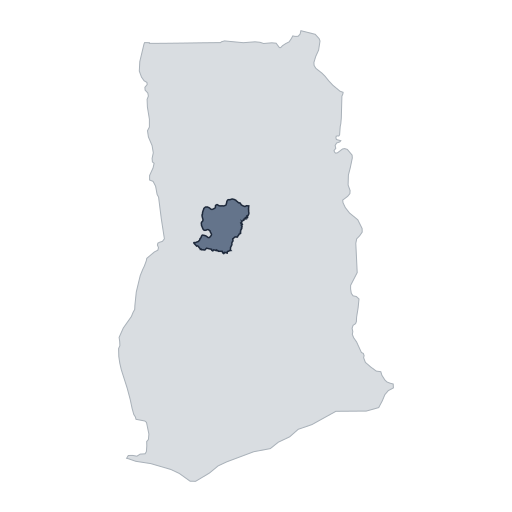 location of Kintampo North Municipal, Brong Ahafo, Ghana
{"feature_id": "2480657B78031413348906", "entity_name": "Kintampo North Municipal", "entity_type": "district", "adm_level": 2, "iso_a3": "GHA", "parent_name": "Ghana", "parent_adm1": "Brong Ahafo", "projection": "robinson", "projection_center": [-1.417, 8.387], "detail": "fine", "context": "in_parent", "style": "filled", "palette": "slate", "viewbox_px": 512, "rotation_deg": 0, "n_neighbors": 0, "source": "geoboundaries", "source_scale": "gbopen_adm2", "svg_char_len": 7735}
<svg xmlns="http://www.w3.org/2000/svg" viewBox="0 0 512 512"><path d="M315.2,34.3L319.1,38.6L320.0,41.0L318.6,50.1L315.7,56.5L313.9,62.5L314.1,65.5L315.9,68.4L321.9,73.1L325.0,76.2L328.7,80.8L332.9,85.3L340.0,91.2L343.1,92.3L342.9,93.9L341.9,96.2L341.3,118.1L340.8,123.7L340.2,126.6L339.6,134.8L338.8,136.0L337.5,135.9L336.2,136.2L335.9,137.8L336.4,139.5L340.8,140.7L339.8,141.9L336.6,143.0L335.1,145.5L335.8,148.3L334.0,150.6L334.5,152.1L335.7,153.2L337.5,152.8L342.5,149.0L344.6,148.6L347.3,149.4L352.1,155.1L352.3,158.0L350.3,167.6L348.4,175.0L348.1,185.0L350.1,190.6L349.9,193.6L347.7,196.3L342.7,200.1L343.0,202.7L345.3,207.6L349.5,213.0L357.8,219.8L362.1,228.5L362.2,232.1L359.7,235.7L356.7,238.8L355.8,243.3L357.2,272.6L350.6,285.4L350.6,289.0L351.3,293.3L353.0,295.8L356.3,296.5L359.0,299.0L358.1,307.9L356.6,317.1L356.4,321.5L355.6,323.6L353.1,325.3L352.1,328.2L352.8,331.7L352.3,334.4L353.7,337.8L356.6,342.0L361.4,352.5L363.3,353.4L364.1,355.6L363.6,357.7L365.4,362.4L370.7,367.0L376.3,371.1L380.8,371.7L381.9,375.3L384.9,380.0L387.0,382.0L390.4,383.3L393.2,384.0L393.4,387.9L388.3,390.6L384.9,394.6L382.3,400.8L378.7,407.6L366.2,411.1L361.4,411.1L335.9,411.3L311.9,424.6L298.2,429.3L289.7,436.8L278.3,442.2L270.3,448.6L253.8,451.7L226.6,461.9L218.1,465.9L209.5,473.0L195.6,481.3L190.1,481.2L179.2,473.4L170.9,469.5L150.8,463.6L135.8,461.3L128.6,458.8L126.6,458.3L128.3,455.5L132.5,455.4L136.9,456.2L140.2,454.1L145.1,453.8L146.4,451.6L146.8,446.0L146.7,441.5L148.4,439.5L148.9,434.1L146.5,422.4L144.8,421.0L136.0,419.3L135.4,417.0L133.8,414.5L132.1,408.4L130.2,399.4L127.2,388.2L121.3,369.7L119.8,363.2L118.8,356.5L118.6,348.6L119.9,345.6L119.7,341.5L119.1,337.4L123.3,328.0L131.4,316.5L133.1,312.3L134.7,309.5L134.9,305.3L136.3,291.9L140.2,275.7L142.7,269.5L144.3,266.2L146.3,260.8L146.8,258.3L154.3,252.0L157.8,250.2L158.5,247.7L157.4,245.0L157.9,243.1L159.7,242.2L162.4,241.4L164.4,238.8L161.3,218.8L158.8,198.9L158.6,197.2L157.1,194.4L155.6,186.2L153.1,181.4L149.6,180.0L149.6,175.5L153.1,167.8L154.1,163.3L152.4,161.9L152.1,158.4L153.3,152.8L152.7,149.3L152.1,145.6L148.4,136.9L147.5,130.7L149.4,127.1L149.4,119.2L147.4,107.0L147.1,99.3L148.4,96.1L147.8,93.0L145.1,90.1L144.9,87.3L147.2,84.5L146.9,82.4L144.1,80.8L141.5,77.1L139.3,71.1L139.8,61.6L144.0,44.0L144.6,42.6L149.4,42.7L149.4,43.4L164.4,43.3L181.5,43.1L202.0,42.8L220.6,42.6L221.4,41.8L224.5,40.9L243.3,42.7L255.0,41.8L260.0,42.3L263.6,43.5L271.8,42.8L276.1,43.2L279.4,47.6L280.7,47.6L282.5,45.7L285.7,43.6L289.1,41.9L291.4,38.5L292.8,35.9L295.0,36.4L298.1,36.3L300.1,34.1L300.9,30.7L315.2,34.3Z" fill="#d9dde1" stroke="#a8b0b8" stroke-width="1"/><path d="M227.2,253.1L227.3,252.2L227.3,251.8L227.3,251.7L227.6,251.4L228.4,251.3L229.3,250.8L229.4,250.6L229.6,250.7L229.8,250.6L230.8,250.5L230.6,250.3L230.5,249.9L230.5,247.7L230.6,247.3L231.9,244.7L231.8,243.4L232.0,242.3L232.2,242.1L232.4,241.8L232.5,241.7L232.6,241.4L232.8,241.3L232.9,241.0L232.9,240.9L233.0,240.4L232.7,239.5L232.7,238.9L232.8,238.7L233.3,238.6L233.4,238.4L234.7,237.1L235.0,237.1L235.4,236.9L236.3,236.9L236.9,237.1L237.3,237.1L237.6,236.8L237.8,236.2L238.1,235.7L238.6,235.2L239.2,234.0L239.5,234.0L239.7,233.9L239.8,233.9L240.7,233.1L240.6,232.8L240.6,232.6L240.5,232.4L240.5,232.2L240.5,231.9L240.4,231.9L240.5,231.6L240.6,231.3L240.7,231.2L240.6,230.8L240.7,230.6L240.7,230.4L240.7,230.2L240.8,230.2L241.0,229.8L241.2,229.6L241.3,229.4L241.4,229.2L241.5,229.0L241.4,228.9L241.5,228.8L241.6,228.7L241.8,228.2L241.6,228.0L241.6,227.8L241.5,227.6L241.6,227.3L241.8,227.2L241.8,227.3L241.9,227.1L242.0,227.0L242.0,226.9L242.0,226.7L241.9,226.7L242.0,226.5L241.9,226.4L241.9,226.2L241.7,225.9L241.8,225.9L241.8,225.7L241.7,225.5L241.8,225.4L241.9,225.2L241.7,225.1L241.8,225.0L241.7,225.0L241.7,224.9L241.7,224.7L241.7,224.8L241.8,224.7L241.7,224.6L241.8,224.5L241.7,224.4L241.8,224.3L241.7,224.2L241.9,224.2L242.0,224.1L241.9,224.0L241.8,223.9L242.0,223.9L242.0,223.7L241.9,223.5L241.8,223.4L241.7,223.3L241.5,223.2L241.4,223.1L241.5,223.0L241.4,222.9L241.5,222.9L241.5,222.6L241.6,222.3L241.8,221.9L241.7,221.5L241.8,221.6L241.9,221.3L242.0,221.2L242.3,221.0L242.5,220.9L242.6,220.7L242.5,220.4L242.6,220.5L242.8,220.4L243.0,220.4L243.3,220.4L243.3,220.1L243.5,220.0L243.7,219.9L243.7,220.0L243.9,219.9L244.0,219.9L244.0,219.7L244.0,219.1L244.4,218.9L244.4,219.0L244.6,218.8L244.8,218.7L244.9,218.8L245.1,218.7L245.2,218.8L245.3,218.7L245.4,218.8L245.7,218.8L245.6,218.7L245.8,218.6L245.7,218.3L245.8,218.2L245.7,217.9L245.5,217.6L245.8,217.5L246.0,217.5L246.4,217.6L246.4,217.4L246.5,217.4L246.5,217.2L246.9,217.2L246.9,217.5L246.9,217.8L247.3,217.8L247.3,217.5L247.5,217.5L247.6,217.3L247.5,217.2L247.4,216.9L247.5,216.7L247.4,216.5L247.2,216.5L247.0,216.3L247.1,216.1L247.0,215.9L247.4,215.8L247.5,215.7L247.7,215.8L247.8,215.7L248.1,215.4L248.2,215.2L248.7,214.2L248.9,213.3L248.9,213.0L248.7,211.9L248.6,211.2L248.6,210.5L248.7,210.1L248.6,209.5L248.4,209.0L248.5,208.5L248.7,208.1L248.6,207.4L248.8,205.9L247.8,205.8L246.9,205.8L246.7,205.7L246.2,205.8L245.9,206.0L245.7,206.2L245.4,206.4L244.7,206.5L243.9,206.1L243.5,206.1L242.8,205.7L242.2,205.4L241.3,204.9L240.8,204.0L240.3,203.5L239.9,202.8L239.7,202.8L239.0,202.9L238.5,202.7L237.8,202.1L237.3,201.6L236.6,201.1L236.2,200.8L235.9,200.3L235.7,200.1L235.0,199.9L234.4,199.5L233.4,199.3L232.9,199.1L232.6,199.1L232.2,199.0L231.7,199.1L230.9,199.4L229.9,199.7L228.8,199.7L228.3,199.7L227.7,200.0L227.5,200.3L227.3,200.6L227.1,200.9L226.8,201.6L226.5,203.5L226.3,203.7L226.2,204.6L226.1,204.8L225.7,205.2L224.8,205.6L223.5,206.0L222.1,205.8L221.5,205.9L221.2,205.9L219.8,205.9L219.4,205.8L218.7,205.6L218.1,205.2L217.7,204.8L217.2,204.6L216.9,204.6L215.9,205.2L215.6,205.4L215.5,205.7L215.4,206.1L215.5,206.8L215.4,207.3L215.2,207.7L214.8,208.2L214.5,208.4L213.9,208.6L213.7,208.8L213.3,209.0L212.3,209.4L211.6,209.4L210.9,209.2L210.5,208.9L210.0,208.4L209.8,208.2L208.9,207.6L207.3,207.0L207.1,206.9L206.5,207.1L206.1,207.0L205.6,207.0L205.3,207.2L204.4,207.9L203.9,208.4L203.7,208.9L203.6,209.5L203.2,210.4L202.6,212.3L202.5,213.4L202.4,214.4L202.2,214.6L202.3,214.7L202.2,215.1L202.0,215.5L202.2,216.7L203.0,219.7L202.8,220.8L202.4,221.5L201.7,222.0L201.4,222.7L201.3,223.2L201.4,224.1L201.5,224.9L201.5,225.5L201.9,226.3L203.0,229.1L203.8,230.0L204.1,230.2L204.7,230.3L205.3,230.3L205.7,230.2L206.3,230.1L207.1,229.6L207.4,229.6L208.0,229.6L208.5,229.7L208.7,229.8L209.3,230.4L210.0,230.8L210.1,231.0L210.2,231.7L210.7,232.7L211.4,233.9L211.5,234.5L211.4,235.1L210.8,236.0L210.4,236.4L209.8,237.2L209.1,237.6L208.2,237.6L207.9,237.4L207.3,236.9L205.9,235.9L205.3,235.7L203.9,235.3L202.5,235.1L202.3,235.1L201.5,236.1L201.1,237.4L200.5,238.3L200.1,238.5L199.9,238.9L199.9,239.4L199.5,240.2L199.2,240.6L198.9,240.8L198.3,241.5L198.1,241.6L197.8,241.7L197.0,241.9L196.2,242.3L195.4,242.6L195.0,242.6L194.3,242.5L193.9,242.6L193.9,243.1L194.1,243.4L196.6,246.1L197.0,245.8L197.7,245.9L198.1,246.4L198.5,246.6L198.6,246.8L198.8,247.1L199.1,247.6L199.4,247.8L199.8,248.3L200.1,248.7L200.3,249.3L200.6,249.1L201.1,249.0L201.4,249.4L201.4,249.7L201.5,249.8L202.1,249.8L203.1,249.7L203.6,249.9L203.8,249.9L204.2,250.0L204.8,250.0L205.0,249.9L205.4,249.4L205.8,249.0L206.3,248.4L206.5,248.2L211.5,249.3L211.5,249.7L211.7,250.2L212.2,250.6L212.8,250.9L213.1,250.4L213.4,250.0L213.5,250.1L214.2,250.0L214.9,250.1L215.3,250.2L215.9,250.3L215.9,250.5L216.1,250.7L216.3,250.7L216.7,250.4L216.7,250.1L217.7,250.6L217.8,250.8L218.2,250.9L218.3,251.3L222.2,251.3L222.5,252.3L222.7,252.2L222.9,252.4L222.8,252.9L223.2,253.0L223.8,253.6L224.1,253.3L224.0,253.1L224.2,252.8L224.2,252.7L224.4,252.5L224.5,252.6L224.6,252.4L225.4,252.6L225.5,252.5L225.8,252.5L226.1,252.8L227.2,253.1Z" fill="#64748b" stroke="#1e293b" stroke-width="1.5"/></svg>